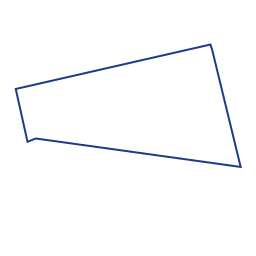 Douglas, South Dakota, United States of America (Robinson projection), rotated 347°
{"feature_id": "52423323B94061378470924", "entity_name": "Douglas", "entity_type": "district", "adm_level": 2, "iso_a3": "USA", "parent_name": "United States of America", "parent_adm1": "South Dakota", "projection": "robinson", "projection_center": [-98.384, 43.348], "detail": "fine", "context": "isolated", "style": "outline", "palette": "blue", "viewbox_px": 256, "rotation_deg": 347, "n_neighbors": 0, "source": "geoboundaries", "source_scale": "gbopen_adm2", "svg_char_len": 254}
<svg xmlns="http://www.w3.org/2000/svg" viewBox="0 0 256 256"><g transform="rotate(347 128 128)"><path d="M157.5,65.0L27.4,64.7L27.0,118.8L35.8,117.5L229.0,191.3L227.6,71.0L227.1,65.2L157.5,65.0Z" fill="none" stroke="#1e3a8a" stroke-width="2"/></g></svg>